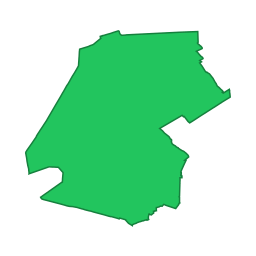 Opmeer, Noord-Holland, Netherlands, rotated 355°
{"feature_id": "6326949B74577576920447", "entity_name": "Opmeer", "entity_type": "district", "adm_level": 2, "iso_a3": "NLD", "parent_name": "Netherlands", "parent_adm1": "Noord-Holland", "projection": "equal_earth", "projection_center": [4.959, 52.714], "detail": "fine", "context": "isolated", "style": "filled", "palette": "green", "viewbox_px": 256, "rotation_deg": 355, "n_neighbors": 0, "source": "geoboundaries", "source_scale": "gbopen_adm2", "svg_char_len": 5413}
<svg xmlns="http://www.w3.org/2000/svg" viewBox="0 0 256 256"><g transform="rotate(355 128 128)"><path d="M205.9,38.0L187.4,37.1L134.9,35.1L134.4,35.1L133.4,35.2L129.6,35.1L128.0,33.3L127.6,30.9L126.8,30.4L121.4,31.6L120.3,31.9L118.7,32.3L115.4,32.9L112.1,33.6L111.2,33.7L110.8,33.7L110.3,33.8L110.2,33.8L109.9,34.1L109.9,34.3L109.6,34.3L109.2,34.1L108.3,34.3L108.5,36.1L108.7,36.3L108.2,36.7L106.4,37.9L100.7,41.8L99.4,42.2L97.7,42.6L95.5,43.4L89.3,44.7L88.5,44.9L87.2,45.1L86.9,45.2L86.7,45.3L86.5,46.5L86.3,47.3L86.1,48.6L85.6,52.3L85.3,54.0L84.9,56.8L84.6,58.4L84.2,61.2L84.0,62.0L83.8,62.2L82.0,64.9L80.7,66.7L79.3,68.7L79.0,69.1L78.3,69.9L78.0,70.5L77.5,71.0L76.5,72.4L76.3,72.7L75.5,73.9L75.1,74.4L74.2,75.9L73.8,76.4L73.1,77.4L72.7,78.0L72.2,78.7L70.6,80.6L67.1,85.8L65.9,87.4L63.3,91.2L58.0,98.6L53.7,104.7L53.2,105.4L48.4,112.2L47.6,113.4L44.9,116.8L42.8,119.5L40.6,122.2L39.3,123.9L37.4,126.3L36.1,128.1L35.6,129.2L34.7,130.2L31.2,134.5L25.7,141.0L24.3,142.9L24.0,143.4L23.9,143.7L23.5,143.7L23.8,143.8L23.9,144.0L24.1,145.6L24.1,145.9L24.2,147.1L24.3,147.8L24.5,150.7L24.5,152.0L24.8,155.1L24.9,156.4L25.2,158.3L25.4,159.2L25.4,159.7L25.5,160.4L25.4,161.5L25.5,162.5L25.5,164.7L25.4,165.0L45.5,159.9L46.0,159.8L49.3,160.3L50.7,160.4L53.1,160.8L54.9,161.0L55.3,161.2L55.6,161.6L57.3,163.9L59.3,166.6L59.4,166.8L59.4,167.0L58.4,172.6L58.3,173.1L58.2,174.4L58.0,175.2L57.9,176.2L57.5,176.2L37.4,187.9L36.4,188.5L35.6,189.1L35.2,189.2L34.9,189.3L34.9,189.6L35.0,189.8L35.8,190.9L36.1,191.3L38.1,192.1L40.7,193.0L44.6,194.4L54.4,197.9L58.4,199.4L60.3,200.2L60.6,200.3L60.8,200.4L61.0,200.3L62.2,200.8L62.9,201.0L64.9,201.3L66.1,201.5L70.4,202.7L74.9,204.5L76.2,204.9L78.0,205.7L79.7,206.3L82.0,207.1L83.8,207.6L86.4,208.7L96.4,212.3L101.5,214.3L103.1,214.8L104.0,214.9L104.7,215.2L109.5,217.0L111.3,217.8L111.9,217.0L117.6,219.2L117.5,219.4L120.2,223.0L123.8,225.6L123.9,224.9L124.0,224.8L124.1,224.7L124.4,224.6L125.4,224.2L127.9,223.6L128.2,223.4L128.6,223.2L130.7,222.6L131.7,222.4L132.5,222.3L133.2,222.1L134.1,221.8L134.5,221.7L134.8,221.9L135.0,221.8L135.8,221.6L136.3,221.5L137.5,221.2L138.3,221.0L138.5,221.0L138.7,221.3L138.8,221.5L139.3,221.4L140.4,221.1L140.6,221.0L140.7,220.8L140.3,220.5L140.4,220.3L140.3,220.1L140.4,219.3L140.5,218.6L140.6,218.0L140.7,217.7L141.0,216.8L141.1,216.5L141.2,215.7L141.3,215.6L141.5,215.5L141.6,215.8L141.8,215.9L143.6,216.6L143.8,216.6L144.3,216.2L144.8,215.7L145.2,215.5L145.9,215.2L146.1,215.1L146.2,214.8L146.1,213.2L147.7,213.2L147.8,213.1L147.8,212.8L149.1,212.9L149.1,211.0L149.3,209.7L149.7,209.7L150.2,209.7L151.3,209.4L151.9,209.3L152.4,209.2L152.7,208.9L153.9,208.7L154.0,208.6L154.3,208.7L155.2,208.9L155.8,208.3L157.0,207.2L158.1,207.8L159.0,208.3L168.5,212.4L171.9,208.6L171.8,208.3L171.8,208.2L172.0,208.0L172.7,207.2L173.1,207.1L172.9,206.7L172.9,206.1L173.3,201.5L173.0,201.1L172.9,201.0L173.0,200.8L173.3,200.6L173.4,200.3L173.7,197.6L174.0,195.1L174.3,192.4L174.6,190.0L174.7,188.8L174.9,187.8L174.9,187.1L175.0,186.5L175.1,185.6L175.3,184.4L175.4,182.1L175.8,182.1L176.2,182.1L177.4,182.2L177.5,181.1L177.5,180.8L177.5,180.5L177.1,180.5L177.1,179.8L176.5,179.8L176.6,178.5L176.7,178.4L176.9,178.4L177.1,178.3L177.2,177.1L177.2,176.9L176.8,176.7L176.7,176.6L177.4,175.1L179.0,172.2L180.9,168.8L182.9,165.4L181.7,165.1L185.9,162.1L185.8,161.9L185.8,161.4L185.7,161.0L185.5,160.5L185.1,159.9L184.4,159.1L183.6,158.1L183.3,157.9L182.8,157.4L182.3,156.9L181.8,156.4L181.6,156.2L180.8,155.7L180.4,155.5L180.0,155.4L179.9,155.3L178.8,154.4L178.4,154.2L177.7,153.6L177.4,153.3L176.6,152.8L176.6,152.7L176.4,152.5L176.4,152.4L176.3,152.1L176.1,152.0L175.7,151.8L175.5,151.7L175.3,151.6L175.2,151.5L174.9,151.3L174.1,150.7L174.0,150.4L173.8,150.1L172.4,149.1L172.2,149.1L171.8,148.8L171.8,148.7L171.5,148.4L171.3,148.3L170.6,147.5L170.4,147.2L170.2,146.4L170.2,146.1L170.3,145.9L170.0,145.6L170.0,145.4L170.0,145.0L170.1,144.7L170.3,144.5L170.4,143.7L170.1,143.1L169.8,143.1L169.7,143.0L169.4,142.8L169.3,142.6L169.1,142.4L169.0,142.1L168.8,141.6L168.6,141.3L168.6,141.1L168.5,140.9L168.2,140.4L168.0,140.2L167.9,140.0L164.5,136.8L164.0,136.4L162.0,133.6L161.5,133.2L159.5,131.2L163.3,129.4L183.0,120.1L184.3,121.7L184.9,121.4L185.3,121.9L188.4,126.8L189.9,128.3L194.9,125.7L201.2,122.3L211.2,117.1L215.0,115.1L215.3,115.0L218.7,113.2L224.3,110.2L232.5,106.1L232.5,104.4L232.5,104.1L232.4,103.9L232.5,103.6L232.5,103.1L232.4,102.6L232.5,102.3L232.5,102.2L232.4,102.1L232.3,100.8L232.4,100.7L232.4,100.1L232.5,99.9L232.4,99.6L232.5,99.4L232.4,99.2L232.3,98.3L226.2,101.4L225.9,101.5L225.6,101.2L225.0,100.6L225.9,100.1L225.7,99.7L225.4,99.2L225.2,98.9L223.8,97.5L222.2,95.5L222.0,95.4L221.9,95.3L221.5,94.9L221.1,94.5L220.5,93.9L219.6,91.3L219.5,91.2L218.6,89.6L217.0,85.9L216.6,85.3L213.9,81.2L213.5,80.9L212.6,80.3L212.2,79.9L211.9,79.6L211.7,79.5L211.4,79.2L210.9,79.4L210.3,78.7L209.9,78.2L207.0,72.5L206.5,71.9L206.5,71.7L205.0,69.4L207.0,68.5L206.8,68.3L206.2,68.0L205.5,67.2L205.3,67.0L208.7,65.5L208.8,65.4L208.7,64.8L208.2,63.9L207.9,63.7L207.5,63.5L207.2,63.3L206.9,63.1L206.9,62.8L206.4,62.1L206.1,62.0L205.7,61.3L205.6,61.1L205.3,60.9L205.0,60.3L203.9,58.7L203.0,57.7L202.8,57.5L208.4,55.5L208.8,55.3L208.8,54.3L208.7,54.2L208.4,53.8L207.9,53.1L207.7,52.8L207.4,52.5L206.9,52.3L206.4,51.5L205.9,51.1L205.5,50.7L205.2,50.4L204.9,49.9L204.7,49.6L204.6,49.4L205.3,48.8L205.9,38.0Z" fill="#22c55e" stroke="#15803d" stroke-width="1.5"/></g></svg>